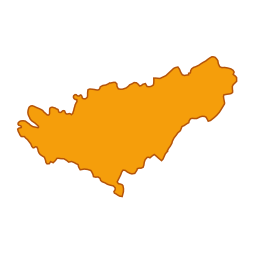 Brahin, Gomel, Belarus, rotated 268°
{"feature_id": "67162791B77344314095023", "entity_name": "Brahin", "entity_type": "district", "adm_level": 2, "iso_a3": "BLR", "parent_name": "Belarus", "parent_adm1": "Gomel", "projection": "orthographic", "projection_center": [30.376, 51.651], "detail": "fine", "context": "isolated", "style": "filled", "palette": "amber", "viewbox_px": 256, "rotation_deg": 268, "n_neighbors": 0, "source": "geoboundaries", "source_scale": "gbopen_adm2", "svg_char_len": 4065}
<svg xmlns="http://www.w3.org/2000/svg" viewBox="0 0 256 256"><g transform="rotate(268 128 128)"><path d="M173.7,111.4L172.7,109.6L172.2,108.4L171.7,107.2L171.5,105.3L171.3,104.1L170.7,103.0L170.0,101.7L168.5,101.2L167.4,100.4L167.0,99.1L167.2,97.6L167.7,95.6L168.0,93.5L168.3,91.2L167.7,89.4L166.4,89.1L164.2,88.8L162.5,88.8L160.3,88.5L159.1,87.2L158.6,86.1L158.9,84.2L159.7,83.3L161.0,83.1L161.9,82.7L162.4,82.4L162.7,81.5L161.8,80.6L161.7,79.4L162.0,78.4L163.1,77.4L163.2,76.2L162.1,74.8L160.8,74.5L159.4,75.0L158.3,76.3L158.2,77.8L156.1,77.9L155.1,77.1L154.1,76.6L152.8,75.9L151.5,75.6L149.6,74.9L147.5,74.4L145.8,73.7L144.5,73.3L143.3,71.9L144.1,71.0L144.5,70.0L144.2,68.7L144.1,67.9L144.2,66.9L145.0,66.1L146.0,65.7L147.3,65.2L147.6,64.4L147.4,63.2L146.2,61.9L145.9,61.0L145.9,60.4L146.2,59.6L147.0,59.2L148.1,59.0L148.9,58.7L149.3,58.1L149.6,57.0L150.4,56.2L150.9,54.6L151.4,53.2L151.3,51.9L150.7,50.8L149.8,50.4L148.2,50.3L147.0,50.2L145.5,50.2L144.3,49.8L143.7,49.1L143.7,48.7L143.9,47.7L144.6,46.9L145.6,46.0L146.6,44.8L148.5,43.3L149.3,42.1L150.3,40.3L151.2,38.3L151.9,36.8L152.9,34.9L153.6,33.0L153.4,31.6L152.5,30.2L151.6,29.6L149.3,28.8L147.3,28.5L146.6,28.5L145.0,28.7L143.6,29.2L142.1,29.9L140.7,30.4L139.6,31.1L138.4,32.2L137.3,33.7L136.3,35.1L134.3,37.2L132.8,38.6L131.8,38.6L131.4,38.1L132.0,35.9L132.6,33.2L133.4,31.8L134.4,30.4L135.8,29.1L136.6,27.9L137.7,26.6L138.5,25.6L138.9,23.4L138.8,21.2L138.2,19.7L136.9,18.4L135.7,18.2L134.6,18.9L134.3,19.8L133.9,20.9L132.9,21.5L132.2,21.3L131.9,20.0L131.6,18.7L130.7,17.7L128.4,18.2L126.8,19.0L125.0,19.7L123.2,21.0L123.0,24.2L121.6,25.3L120.0,27.1L117.5,28.9L115.5,30.3L112.9,31.3L111.5,32.5L111.6,33.5L112.5,34.9L112.1,36.3L110.3,37.1L107.9,37.5L106.0,38.3L104.5,39.4L103.1,41.3L101.7,43.4L98.8,44.4L96.4,44.8L95.0,45.8L95.1,48.1L97.1,49.5L95.9,52.0L98.0,54.3L100.1,55.9L100.2,57.2L99.7,59.9L99.5,62.9L97.5,65.9L96.0,67.5L96.5,70.4L95.3,73.1L94.2,74.8L93.2,76.8L91.1,77.2L89.1,78.1L87.9,78.8L88.2,80.9L88.5,82.8L88.0,86.1L86.9,89.3L85.1,90.4L82.7,91.4L80.6,91.8L80.0,93.9L80.1,96.3L78.7,98.3L76.6,98.8L75.2,100.3L74.0,103.1L72.5,105.4L71.7,107.6L70.6,111.4L68.7,113.1L66.7,113.0L65.0,111.7L63.5,112.1L62.5,113.8L61.2,115.6L60.2,117.3L59.7,119.8L61.5,120.3L64.5,121.2L67.5,121.4L70.6,120.9L71.6,120.0L72.3,118.2L72.7,116.5L74.5,115.3L77.1,116.7L80.2,118.4L81.8,119.2L84.3,120.2L86.1,121.6L85.7,123.8L84.1,125.7L82.6,128.4L82.0,130.3L82.4,133.2L85.3,135.3L87.1,136.0L87.5,137.9L87.4,139.6L88.2,141.7L90.2,142.5L93.3,143.1L95.8,144.1L98.0,146.2L98.0,147.8L97.4,148.9L99.2,151.1L100.6,153.3L99.1,155.1L96.5,157.8L94.2,160.4L95.7,161.9L100.9,164.4L103.5,166.8L103.8,166.5L106.1,167.8L108.4,169.6L111.2,171.3L113.3,171.9L116.4,173.6L119.5,176.2L121.3,177.5L123.5,180.2L126.4,181.5L127.6,182.0L128.4,184.1L130.3,187.1L131.2,188.9L133.1,189.4L135.1,190.8L135.4,192.5L135.1,195.1L135.1,197.1L136.6,200.4L137.1,202.5L136.9,204.8L136.1,206.4L133.8,207.6L132.0,208.4L132.6,210.7L135.4,214.5L137.6,217.1L140.5,219.8L142.8,221.4L145.5,223.2L148.6,225.2L149.6,225.4L154.0,224.7L156.2,224.5L157.8,225.0L158.3,228.3L158.5,230.5L158.8,232.1L159.8,233.7L161.4,233.9L162.9,233.7L165.9,233.7L167.7,234.7L169.2,236.4L170.9,238.2L174.6,238.3L176.0,237.2L177.9,235.0L180.2,236.0L182.0,235.0L183.5,232.9L184.5,229.7L185.1,226.8L185.1,223.8L186.1,221.8L189.2,220.5L192.2,220.1L194.2,218.8L195.6,217.5L196.1,216.0L196.3,214.4L195.1,212.1L193.6,209.8L192.3,208.1L191.0,205.5L189.7,203.2L188.3,201.1L186.8,197.6L186.3,195.7L184.9,193.7L183.2,192.7L180.9,192.2L180.6,190.5L179.1,190.5L178.8,188.2L178.5,186.2L179.3,184.1L181.9,182.6L184.9,181.5L187.2,180.0L186.7,177.4L185.9,175.6L182.3,171.5L179.0,167.7L176.4,161.7L176.6,159.8L176.9,157.6L177.0,155.5L174.1,155.5L171.3,155.2L170.0,154.7L168.8,152.6L168.5,150.5L168.8,148.5L171.8,146.9L171.1,144.2L170.0,142.9L169.6,141.1L171.4,139.7L172.9,138.0L173.2,135.7L172.2,133.9L171.1,131.2L169.6,129.7L168.1,127.6L167.0,124.0L167.0,122.0L167.5,119.7L170.1,118.4L172.5,118.4L174.1,116.8L174.1,115.0L173.5,111.9L173.7,111.4Z" fill="#f59e0b" stroke="#b45309" stroke-width="1.5"/></g></svg>